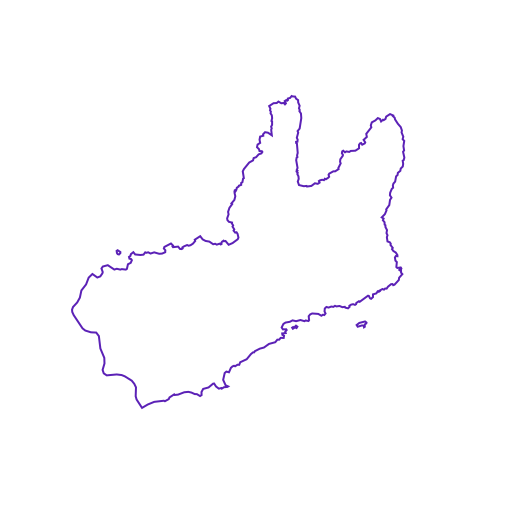 the district of Santa Bárbara de Samaná, Samaná, Dominican Republic, rotated 327°
{"feature_id": "3306468B43421780768425", "entity_name": "Santa Bárbara de Samaná", "entity_type": "district", "adm_level": 2, "iso_a3": "DOM", "parent_name": "Dominican Republic", "parent_adm1": "Samaná", "projection": "orthographic", "projection_center": [-69.295, 19.263], "detail": "fine", "context": "isolated", "style": "outline", "palette": "violet", "viewbox_px": 512, "rotation_deg": 327, "n_neighbors": 0, "source": "geoboundaries", "source_scale": "gbopen_adm2", "svg_char_len": 6137}
<svg xmlns="http://www.w3.org/2000/svg" viewBox="0 0 512 512"><g transform="rotate(327 256 256)"><path d="M76.0,230.1L80.3,233.2L80.6,237.6L75.1,248.8L73.3,258.8L70.4,263.6L65.3,268.0L64.4,271.5L65.8,274.8L74.7,279.5L78.5,282.7L80.4,285.4L83.9,292.9L84.3,296.9L83.8,300.8L78.7,308.1L77.7,311.3L77.7,321.3L84.4,321.6L91.2,322.9L99.9,327.2L100.5,328.2L104.9,328.5L106.4,327.5L112.0,327.5L112.0,328.2L115.1,329.8L121.6,331.2L125.3,333.1L127.5,335.4L129.4,338.4L131.2,339.7L132.8,343.0L134.6,343.0L136.2,340.4L139.3,338.7L144.6,340.4L150.5,339.7L151.4,340.1L151.4,343.7L152.6,347.0L155.1,347.9L155.1,348.6L157.6,348.6L160.7,350.2L161.6,350.2L160.1,347.9L161.0,342.0L166.0,337.1L168.2,336.8L170.0,338.8L174.1,336.1L176.2,335.8L177.8,336.1L178.4,337.1L181.2,337.1L182.7,338.1L184.9,336.5L192.0,337.5L198.3,335.5L201.0,335.2L202.0,335.8L203.2,335.2L208.8,335.8L212.8,337.1L219.0,336.8L225.2,338.8L228.3,337.8L229.9,338.8L232.1,338.1L234.6,339.8L236.1,338.1L235.2,336.5L235.8,335.2L238.9,336.8L239.2,335.5L241.4,334.8L241.4,333.9L238.6,332.2L238.6,329.9L242.0,327.9L244.5,327.9L248.5,329.6L251.6,329.9L254.1,332.5L258.4,333.9L261.2,337.1L262.5,337.1L264.6,339.1L265.6,338.7L267.4,335.2L269.6,334.5L271.8,334.8L276.7,338.5L278.3,341.7L280.2,341.7L281.1,342.7L283.0,342.1L283.3,339.8L285.1,337.5L287.3,337.1L288.8,338.8L291.6,339.4L293.2,340.8L295.1,340.8L296.0,342.1L298.8,343.4L300.6,346.0L302.8,347.0L302.8,348.0L304.7,350.0L306.8,349.6L307.2,348.6L309.3,348.6L311.2,349.3L312.4,350.9L313.7,350.9L314.6,350.0L317.7,350.0L318.0,350.9L328.3,350.3L328.9,350.9L328.6,353.6L329.2,354.6L331.7,354.2L333.2,351.9L336.6,352.9L338.8,351.9L339.4,352.9L340.7,352.9L340.7,352.3L344.1,352.6L345.0,353.9L346.6,353.6L347.8,354.5L350.0,353.6L354.0,353.2L355.2,353.9L355.2,355.2L356.5,355.5L362.7,353.9L364.2,352.2L368.9,350.9L368.6,349.0L369.8,347.0L369.2,347.3L368.6,345.7L369.8,345.3L370.1,346.3L371.1,345.7L371.1,344.4L368.0,343.0L367.7,341.7L370.8,337.8L370.4,335.8L371.7,332.9L373.2,332.2L374.5,333.2L375.1,332.2L375.1,329.2L373.9,326.6L373.8,324.3L375.1,323.7L374.8,320.0L375.7,319.1L375.7,317.4L374.2,315.4L376.0,311.5L377.6,310.2L377.9,307.9L380.0,305.6L380.3,302.3L381.3,300.7L381.0,299.7L382.2,297.7L381.9,295.1L383.4,294.1L382.5,292.1L386.9,291.1L390.3,288.8L390.6,287.8L395.5,285.9L399.0,281.9L401.4,280.9L401.4,278.0L403.0,276.0L406.4,273.7L408.2,273.4L409.2,271.4L410.7,270.1L413.2,269.4L416.9,265.5L418.8,265.2L420.3,263.5L423.4,263.2L425.0,261.5L427.8,260.9L429.6,258.9L430.9,256.0L432.1,256.0L434.0,254.3L436.1,248.7L437.7,248.1L439.5,244.1L443.0,240.2L442.6,237.9L444.5,236.2L445.4,231.6L446.7,230.3L447.6,226.7L447.0,222.4L447.0,217.2L447.6,215.5L447.0,213.2L447.6,212.9L445.7,210.0L441.1,210.0L439.2,211.6L437.0,211.6L436.7,210.9L434.2,211.3L434.6,208.6L433.3,206.7L429.9,207.3L425.9,207.0L423.4,209.0L422.8,210.9L415.0,213.6L413.8,216.5L409.5,217.2L409.5,220.2L408.5,220.8L405.7,220.5L405.7,218.5L404.5,218.2L402.9,218.9L401.1,221.8L396.7,221.8L392.7,219.5L390.9,219.5L388.7,217.5L387.1,217.5L386.5,215.2L385.3,215.2L384.0,216.6L384.0,218.5L383.4,219.2L379.4,220.8L377.8,222.8L377.5,224.4L372.9,227.1L372.6,228.1L368.5,228.1L367.0,227.1L362.3,226.8L361.1,227.4L360.5,229.4L359.2,229.7L356.4,229.7L355.8,228.7L354.3,229.4L353.0,228.1L350.9,227.4L349.6,227.4L349.3,229.1L347.1,229.1L345.0,227.1L340.6,227.4L336.6,225.5L336.6,224.8L334.1,223.5L330.7,219.9L331.6,216.3L333.8,214.6L335.0,212.3L335.3,209.7L336.3,209.0L336.0,207.4L337.2,207.1L336.9,206.1L338.8,204.8L341.9,197.5L343.7,195.6L344.6,195.6L345.3,193.9L347.1,192.3L351.5,184.1L351.2,183.1L351.8,182.1L353.0,182.7L354.3,181.1L354.6,179.1L358.6,175.5L358.9,173.9L362.0,172.9L369.1,165.0L371.3,161.0L371.3,158.1L372.2,157.4L372.5,155.5L374.4,153.8L375.0,150.2L376.2,148.2L375.3,145.9L375.6,143.6L373.1,141.7L373.8,141.0L370.7,142.0L368.5,141.3L367.6,142.7L366.6,142.7L366.3,141.7L364.5,141.7L364.2,144.3L362.9,144.6L362.6,142.7L360.4,141.7L358.9,138.7L356.7,139.0L353.9,137.4L348.7,137.4L348.3,140.4L347.1,141.4L347.1,143.0L345.9,144.3L345.9,146.6L344.6,149.2L342.5,151.2L342.8,151.9L340.9,154.8L339.1,155.8L338.7,157.5L337.5,158.4L335.0,163.4L333.2,159.1L331.0,157.1L328.2,157.8L327.6,159.1L324.5,158.1L322.3,160.4L321.1,163.4L318.0,163.4L316.1,165.3L316.7,168.0L316.1,169.9L318.0,171.3L318.0,172.2L316.4,172.9L313.6,172.2L309.9,173.2L307.4,172.6L305.6,174.2L301.2,173.9L293.2,176.5L291.0,177.8L288.2,184.1L287.3,184.1L284.8,186.7L283.3,186.7L282.3,188.3L279.9,187.7L279.2,188.3L277.1,188.3L275.8,189.6L274.0,189.3L273.3,190.0L274.0,190.6L272.4,191.3L271.2,194.6L268.4,197.2L264.0,198.5L264.3,199.5L260.0,201.1L256.6,203.8L255.7,206.1L252.3,208.7L251.6,210.3L251.9,212.6L254.1,214.9L253.5,215.6L253.5,217.9L252.3,218.6L252.3,221.8L251.0,222.5L251.3,225.1L252.6,225.5L252.6,227.4L251.3,231.0L249.8,232.0L243.4,232.4L239.2,231.7L238.6,226.8L237.1,226.1L237.1,225.5L235.5,225.5L234.0,226.1L233.7,227.1L232.7,227.1L232.1,225.8L229.3,225.1L228.4,223.5L226.5,222.8L224.7,218.5L221.9,215.9L220.3,213.0L220.0,209.0L213.5,209.0L213.2,210.3L209.8,211.3L207.0,211.3L205.1,210.7L204.2,209.3L200.8,208.7L198.9,208.7L198.6,209.7L197.4,209.7L196.1,208.7L195.8,205.7L191.2,203.4L191.2,202.4L192.1,202.1L191.5,199.2L184.1,198.5L182.8,199.5L183.1,201.8L181.9,203.4L178.5,202.8L176.0,201.4L172.6,197.5L168.9,196.5L167.6,194.2L165.8,193.6L165.1,192.6L162.4,193.6L159.6,192.2L155.5,188.9L155.2,186.0L152.1,186.3L150.6,187.6L149.0,187.6L148.4,189.3L149.6,190.6L149.6,191.9L147.2,193.5L144.1,193.2L140.7,196.5L139.4,196.5L136.3,193.9L134.8,193.5L132.3,190.9L129.8,190.2L126.7,183.0L121.8,181.4L119.6,182.3L118.7,186.0L117.7,186.9L114.3,188.3L111.2,187.6L109.0,182.0L103.9,183.0L98.0,187.3L90.8,189.8L85.6,195.0L80.7,197.6L74.8,199.1L72.5,200.8L71.4,202.9L70.9,206.4L71.1,222.2L72.2,225.5L76.0,230.1ZM306.2,368.4L302.8,368.7L302.8,370.7L307.2,372.0L308.4,373.3L307.8,374.6L308.7,374.6L309.9,372.6L311.8,372.6L312.4,372.0L311.8,370.3L306.2,368.4ZM143.1,175.8L141.9,175.8L141.0,177.8L141.0,179.1L141.9,180.1L143.8,179.7L144.4,178.8L143.1,175.8ZM248.5,335.8L247.3,335.8L247.3,337.1L249.8,337.1L250.7,338.5L252.2,337.8L251.6,336.2L248.8,336.8L248.5,335.8Z" fill="none" stroke="#5b21b6" stroke-width="2"/></g></svg>